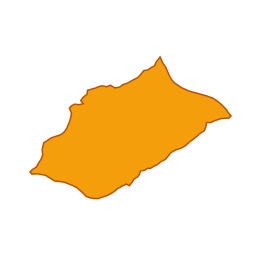 the district of Mesópolis, São Paulo, Brazil, rotated 81°
{"feature_id": "56859067B74939382420673", "entity_name": "Mesópolis", "entity_type": "district", "adm_level": 2, "iso_a3": "BRA", "parent_name": "Brazil", "parent_adm1": "São Paulo", "projection": "robinson", "projection_center": [-50.616, -19.955], "detail": "fine", "context": "isolated", "style": "filled", "palette": "amber", "viewbox_px": 256, "rotation_deg": 81, "n_neighbors": 0, "source": "geoboundaries", "source_scale": "gbopen_adm2", "svg_char_len": 1487}
<svg xmlns="http://www.w3.org/2000/svg" viewBox="0 0 256 256"><g transform="rotate(81 128 128)"><path d="M62.9,85.2L67.3,89.9L70.7,92.1L72.1,96.1L73.8,99.3L73.8,103.4L76.6,106.5L79.7,110.5L81.4,115.7L83.6,121.6L84.3,126.1L86.3,129.9L86.3,134.8L83.0,138.7L83.9,142.6L82.4,146.4L82.4,149.7L83.5,154.1L84.0,158.7L84.4,162.0L88.3,163.3L90.8,167.7L93.6,170.4L97.0,168.3L97.3,172.9L96.1,176.8L97.2,180.2L99.2,182.8L104.3,181.5L108.2,182.7L111.5,184.2L114.8,186.1L118.9,188.7L121.7,191.3L123.5,194.1L124.5,197.2L124.9,200.7L125.9,206.0L128.0,210.0L129.4,213.5L135.7,216.1L141.3,216.5L145.3,218.8L149.1,222.2L152.2,224.6L154.0,228.8L156.1,231.7L158.5,230.2L159.1,224.4L160.2,221.5L161.8,216.9L164.3,214.0L168.9,208.7L170.8,201.5L172.2,198.3L174.4,194.6L176.1,191.7L179.0,187.7L184.5,183.2L189.0,180.1L190.9,176.6L192.3,172.9L193.1,168.1L192.3,164.8L191.8,160.8L190.3,155.6L188.2,150.8L186.2,147.7L184.6,143.1L183.1,138.5L185.2,135.7L183.1,133.3L179.5,130.1L177.7,126.0L175.1,123.7L172.4,122.3L172.4,118.3L170.9,115.2L171.4,112.1L169.9,108.8L169.0,105.2L166.3,100.6L164.9,96.0L162.0,92.7L159.2,89.7L157.1,84.3L156.4,79.3L154.5,74.1L150.9,68.5L148.8,64.3L147.2,61.6L145.1,58.5L142.6,53.1L139.0,50.9L134.9,49.5L135.6,45.3L134.3,41.0L133.3,35.1L133.5,30.8L134.0,26.9L132.1,24.3L128.3,26.7L125.7,27.7L122.1,30.1L116.0,34.9L111.9,39.4L108.5,45.5L101.1,61.9L96.6,68.7L90.8,75.0L87.7,77.0L84.1,78.6L80.6,79.5L73.4,81.4L69.3,83.5L62.9,85.2Z" fill="#f59e0b" stroke="#b45309" stroke-width="1.5"/></g></svg>